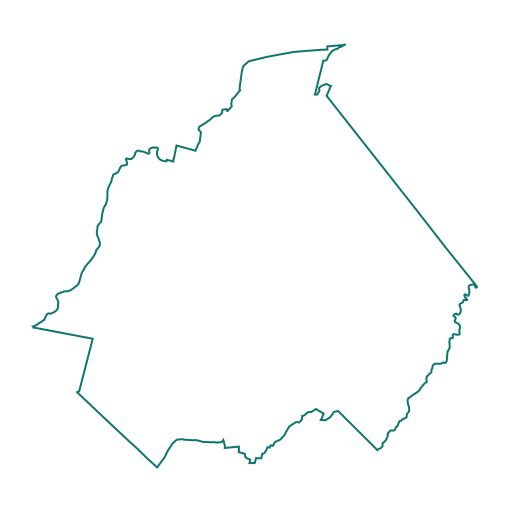 Doctor González, Nuevo León, Mexico, rotated 91°
{"feature_id": "50627088B24522967605767", "entity_name": "Doctor González", "entity_type": "district", "adm_level": 2, "iso_a3": "MEX", "parent_name": "Mexico", "parent_adm1": "Nuevo León", "projection": "mercator", "projection_center": [-99.796, 25.845], "detail": "fine", "context": "isolated", "style": "outline", "palette": "teal", "viewbox_px": 512, "rotation_deg": 91, "n_neighbors": 0, "source": "geoboundaries", "source_scale": "gbopen_adm2", "svg_char_len": 5970}
<svg xmlns="http://www.w3.org/2000/svg" viewBox="0 0 512 512"><g transform="rotate(91 256 256)"><path d="M448.0,131.4L446.7,130.0L446.1,128.0L444.5,126.5L443.6,126.1L440.9,126.2L440.0,124.9L439.0,123.9L436.9,122.4L434.0,121.3L433.0,121.1L431.5,121.3L430.3,120.5L429.8,120.0L428.1,118.6L428.1,115.1L427.7,114.4L426.9,113.9L424.9,113.2L423.9,111.9L423.4,111.5L419.0,109.9L418.6,109.5L418.0,107.8L416.8,106.7L415.0,103.0L413.6,102.5L411.8,102.4L411.0,102.0L409.2,100.6L407.9,100.1L404.5,100.3L402.5,101.1L399.0,101.9L397.8,101.9L396.7,101.8L396.0,101.1L395.2,101.1L394.5,99.3L393.3,98.2L389.4,92.5L388.4,91.3L387.3,90.3L385.2,89.1L384.0,88.0L382.5,87.0L380.0,84.7L379.6,84.1L379.3,83.2L378.5,83.0L377.3,83.4L375.7,83.5L374.5,83.2L373.5,83.2L372.4,81.9L371.6,81.4L370.2,79.8L369.5,78.8L368.4,78.6L366.4,78.5L365.2,77.7L363.6,77.7L361.7,76.7L361.2,76.3L360.7,75.5L360.5,73.1L360.6,71.0L360.4,69.1L360.0,68.2L359.2,67.1L359.7,65.7L359.4,64.8L359.2,64.2L358.9,64.1L356.9,63.3L355.6,63.4L354.4,63.3L353.1,63.3L351.8,63.0L349.9,63.0L348.4,62.8L347.9,62.6L346.3,61.7L344.2,60.7L340.9,60.9L340.2,60.8L339.1,61.2L338.3,61.2L337.2,60.8L336.0,60.9L335.5,60.8L335.1,60.5L335.0,60.2L334.8,59.2L334.8,58.3L334.7,57.9L334.2,57.8L331.8,57.9L331.1,57.6L330.7,57.3L330.7,56.6L331.2,53.6L331.1,51.6L330.9,51.3L330.0,50.9L329.3,51.0L328.0,51.5L325.1,51.0L323.6,50.6L322.7,50.8L320.7,51.9L320.3,52.3L318.7,55.6L318.5,55.9L317.4,56.3L316.0,55.6L314.7,55.3L314.1,55.3L313.6,55.7L312.7,57.3L312.4,57.5L311.9,57.5L311.2,57.1L310.8,56.5L310.1,55.2L310.1,54.8L311.0,53.9L311.0,52.8L310.9,52.1L310.7,51.9L309.8,51.0L308.4,50.5L306.4,50.2L303.0,51.0L301.6,51.7L300.9,51.6L300.5,51.4L299.9,50.5L298.8,48.4L298.3,48.2L297.1,47.9L296.2,47.2L296.5,44.9L296.4,44.3L295.6,44.4L293.7,46.1L292.1,46.9L291.5,47.0L290.9,46.7L290.7,46.3L291.0,45.2L291.8,44.2L292.1,43.6L291.9,43.0L291.6,42.7L289.0,42.0L287.6,42.0L287.1,42.2L286.3,42.2L283.8,42.9L283.3,42.8L281.9,42.3L281.3,41.5L281.1,40.7L280.9,39.7L280.6,37.2L280.8,37.0L283.0,36.3L283.7,35.6L283.9,35.3L283.8,35.1L283.5,34.7L282.9,34.4L244.6,66.2L209.0,94.9L94.6,188.2L84.6,184.1L84.5,185.2L83.1,187.7L82.9,188.7L83.5,190.8L84.8,193.4L86.7,195.8L88.1,195.8L89.5,195.4L93.0,197.2L93.6,198.0L93.5,199.9L59.5,192.1L59.6,191.0L59.4,190.0L59.2,189.5L58.6,188.7L53.9,186.6L52.7,185.6L51.5,184.9L49.3,182.8L48.0,180.5L47.4,178.0L46.0,176.7L45.5,175.1L45.1,174.1L44.0,172.4L42.9,169.9L43.3,172.1L43.6,173.2L45.2,188.4L48.4,188.3L48.6,193.8L51.3,221.8L56.6,248.0L61.4,266.6L66.2,271.9L70.7,273.2L80.4,274.4L87.8,275.3L90.6,275.2L90.7,274.9L96.8,279.7L98.6,281.3L99.5,282.5L100.0,282.9L101.9,283.0L104.5,283.4L106.3,282.8L106.8,282.9L111.3,286.7L111.4,286.9L111.5,287.3L111.4,287.4L109.7,287.8L110.3,292.1L113.8,292.6L115.9,294.8L116.1,295.3L116.7,299.4L117.7,301.4L120.8,304.7L122.4,307.0L123.5,308.2L123.6,308.8L125.0,310.5L127.3,314.3L128.0,315.2L130.8,315.6L132.9,313.4L133.2,313.3L134.3,313.3L139.7,313.9L143.1,314.4L145.6,316.0L148.1,316.8L150.2,317.8L151.8,318.3L146.9,337.4L158.9,339.6L160.7,340.0L160.8,340.3L163.0,340.4L161.3,346.8L162.7,347.1L162.6,347.5L162.9,347.9L162.8,348.8L162.1,351.9L161.0,353.9L159.7,355.1L158.8,355.8L157.5,356.4L156.0,356.8L153.6,356.8L151.8,356.3L151.0,355.9L149.9,356.0L149.6,356.5L149.3,357.1L149.2,357.7L149.5,360.1L149.4,360.4L149.2,360.9L149.9,362.7L150.7,363.9L151.3,364.4L152.5,364.8L153.0,364.8L153.5,364.5L154.4,364.4L155.3,364.6L155.5,365.0L155.5,365.7L155.0,367.2L153.8,369.9L153.4,372.4L153.4,373.3L152.8,374.8L152.7,375.8L152.9,376.5L153.1,377.0L154.0,377.8L155.5,378.7L157.4,379.0L158.8,379.9L161.0,382.0L161.2,382.5L161.3,384.3L160.8,386.6L160.7,387.1L160.9,387.5L161.5,387.7L162.3,387.5L164.8,386.6L165.5,386.5L166.8,386.7L167.3,387.2L167.5,388.0L167.8,390.5L168.1,391.5L168.7,392.6L169.8,393.2L172.9,394.5L174.8,395.7L175.6,396.8L176.8,399.9L182.2,401.7L183.8,401.8L189.9,404.7L191.7,405.3L194.2,405.7L199.1,405.6L202.4,405.8L207.0,407.0L208.5,408.0L209.8,408.7L211.3,409.3L213.6,409.8L216.1,410.4L224.0,411.3L224.9,411.8L225.3,412.3L227.8,414.2L229.1,415.0L231.4,415.0L234.0,415.6L236.1,415.5L238.0,415.2L241.6,413.6L244.1,412.8L245.1,412.4L246.5,412.3L249.1,412.7L253.1,415.9L255.3,416.4L257.3,417.3L262.3,420.4L267.1,424.6L270.0,426.8L271.3,427.5L272.0,427.6L273.7,428.5L274.3,429.0L276.1,430.0L285.2,432.3L286.6,432.8L288.0,433.7L288.6,434.4L289.3,435.5L290.0,436.2L291.7,438.3L293.7,441.2L294.2,442.6L294.6,444.3L294.8,447.5L295.3,448.5L296.9,452.7L297.6,453.7L298.8,454.8L299.7,455.2L301.0,455.0L301.9,454.6L302.3,454.1L303.4,453.7L304.8,453.0L305.6,452.8L307.2,452.9L308.3,453.2L311.1,453.1L312.3,453.5L313.6,454.3L315.4,456.4L317.2,460.0L317.3,460.8L317.0,461.7L317.0,462.5L317.2,463.1L317.9,463.7L318.3,464.2L319.1,464.7L323.6,466.7L324.0,467.7L325.9,469.7L326.6,471.4L327.7,472.7L329.0,474.5L330.0,476.5L330.3,477.6L330.8,476.9L331.4,477.2L341.6,417.8L394.2,430.4L394.2,430.6L395.3,432.5L422.5,402.8L443.4,379.7L450.9,371.0L451.3,370.7L460.1,361.4L469.1,351.2L458.9,343.9L452.4,340.9L444.8,336.1L441.1,332.1L440.4,327.0L440.5,326.1L440.9,324.9L441.3,316.1L441.2,312.0L442.8,305.7L443.0,297.2L443.2,296.8L442.7,295.3L443.3,292.5L442.9,290.7L443.1,289.4L442.4,286.8L440.5,285.5L446.2,283.8L448.5,283.9L446.9,269.8L448.0,269.8L448.7,269.7L452.4,269.8L454.0,263.7L454.9,263.7L456.9,263.3L458.5,261.5L459.2,259.2L459.8,258.3L463.2,258.9L462.9,253.6L458.1,252.4L458.2,247.1L453.9,246.4L453.4,244.9L453.0,244.4L450.5,242.5L446.9,241.1L447.4,239.0L445.1,238.1L445.5,235.8L442.4,234.3L441.6,233.7L439.3,228.7L437.6,227.1L435.3,225.0L433.6,223.9L432.5,223.5L425.8,219.7L421.3,213.1L421.7,209.9L421.3,209.8L419.7,208.0L418.8,207.4L417.9,207.1L415.1,207.0L415.0,206.0L414.1,204.5L413.5,203.7L412.0,202.3L411.3,201.1L410.9,199.8L411.0,197.9L407.9,193.4L409.3,191.2L412.2,185.8L412.4,185.6L416.0,187.1L417.6,187.6L418.8,188.3L419.0,184.0L418.3,182.6L417.6,181.5L415.6,178.8L414.5,178.0L410.7,175.5L410.3,174.6L409.6,171.2L441.7,137.7L446.2,133.1L448.0,131.4Z" fill="none" stroke="#0f766e" stroke-width="2"/></g></svg>